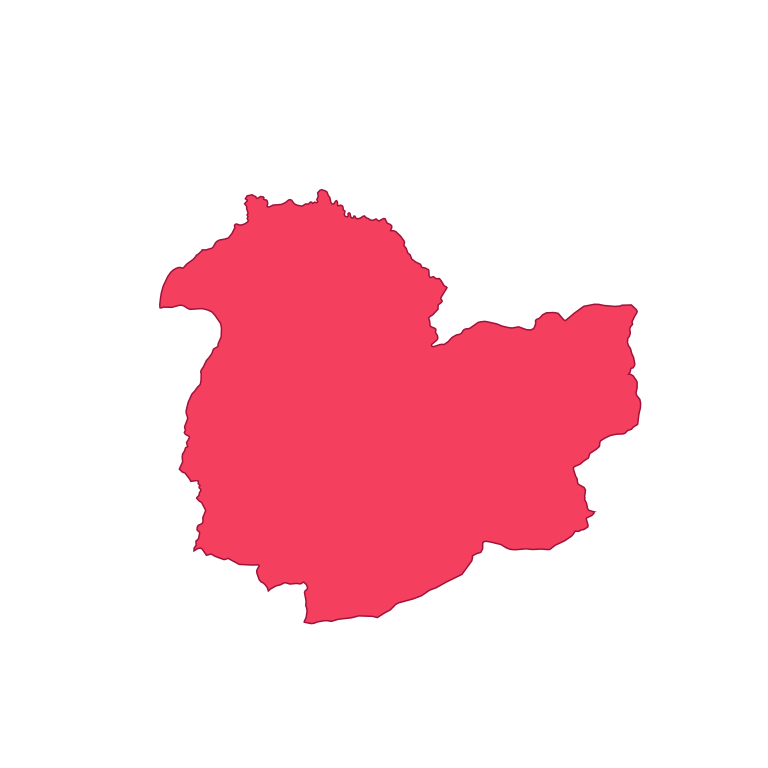 the district of Nocaima, Cundinamarca, Colombia, rotated 236°
{"feature_id": "7082276B65094191435566", "entity_name": "Nocaima", "entity_type": "district", "adm_level": 2, "iso_a3": "COL", "parent_name": "Colombia", "parent_adm1": "Cundinamarca", "projection": "robinson", "projection_center": [-74.369, 5.063], "detail": "fine", "context": "isolated", "style": "filled", "palette": "rose", "viewbox_px": 768, "rotation_deg": 236, "n_neighbors": 0, "source": "geoboundaries", "source_scale": "gbopen_adm2", "svg_char_len": 6171}
<svg xmlns="http://www.w3.org/2000/svg" viewBox="0 0 768 768"><g transform="rotate(236 384 384)"><path d="M579.9,441.1L580.4,439.2L579.6,435.9L576.4,434.5L574.4,431.4L572.3,431.1L571.9,430.2L572.0,429.5L573.5,428.3L573.6,425.8L575.3,425.6L575.9,424.9L575.9,423.6L575.3,422.1L577.1,419.7L577.3,415.4L580.9,411.9L582.6,410.8L584.5,410.3L588.1,410.2L589.4,409.2L589.9,407.7L589.5,403.7L590.3,399.2L594.4,392.0L594.9,388.2L595.8,386.7L596.7,386.3L598.6,388.5L601.3,389.6L602.0,389.5L604.4,387.5L605.0,387.8L605.7,388.7L606.6,388.5L608.5,386.5L608.6,383.4L609.0,382.4L609.6,382.1L611.1,382.5L612.4,381.5L614.6,380.5L616.5,375.8L615.1,372.6L613.0,373.5L612.4,373.3L611.4,369.2L608.2,369.5L606.0,368.1L602.1,367.0L601.3,366.4L600.8,365.0L599.0,365.0L597.7,363.1L595.2,362.8L594.6,361.5L594.6,358.3L595.4,355.0L596.7,353.0L599.1,351.3L599.5,349.9L599.1,348.7L597.0,347.8L593.8,342.1L592.1,336.7L593.0,333.4L595.3,328.3L595.7,325.8L595.3,323.3L593.0,318.8L592.8,317.4L594.8,311.2L596.9,308.3L596.3,307.4L595.5,302.3L595.7,300.2L595.0,299.4L594.0,295.3L593.7,287.3L592.5,282.8L593.0,281.4L594.4,280.5L595.5,278.7L596.2,275.8L596.3,272.5L595.8,269.4L594.0,264.8L588.7,255.8L583.9,250.2L580.0,246.6L575.2,242.5L572.5,240.9L571.7,241.7L571.0,244.3L566.1,251.1L563.9,257.8L562.7,260.0L560.4,261.9L556.7,263.4L554.4,264.9L548.9,274.3L546.9,276.7L543.7,279.4L539.8,281.7L535.0,282.3L525.5,282.4L521.2,280.5L514.2,275.4L510.1,269.0L508.4,267.7L508.0,266.4L508.3,262.1L505.6,258.5L503.8,253.9L502.8,249.9L499.3,244.0L497.7,240.2L496.6,238.9L494.5,238.0L489.0,234.1L486.4,231.4L485.6,227.4L484.0,223.2L483.1,219.2L478.4,211.5L472.5,205.0L470.4,203.7L466.8,202.7L465.1,201.9L460.3,195.1L459.1,194.2L456.9,193.7L455.4,191.3L453.3,191.2L449.9,193.0L448.4,192.8L445.8,187.5L441.9,186.2L442.1,183.8L439.9,181.0L438.6,177.9L436.2,175.8L432.0,173.5L427.9,166.7L423.9,167.5L421.5,169.2L414.3,169.7L411.3,169.4L408.8,174.5L407.3,175.8L405.2,174.2L402.8,174.8L402.3,173.4L401.4,172.7L399.5,173.1L398.1,172.6L397.0,170.1L395.1,168.3L394.5,165.3L394.0,164.8L390.5,165.3L387.8,166.5L378.9,165.5L374.6,159.1L371.4,157.2L370.4,156.1L370.1,154.6L370.7,150.9L369.9,149.3L367.8,147.5L366.7,147.4L364.5,148.2L363.0,147.4L359.4,143.5L358.9,140.2L355.4,138.1L354.1,134.7L351.9,133.2L351.7,137.6L350.5,140.2L348.4,141.0L341.3,141.0L339.7,145.6L335.6,147.6L328.1,153.0L327.3,154.3L326.7,157.2L315.4,163.1L307.9,173.1L304.3,178.7L303.6,179.0L302.8,178.4L301.1,175.0L299.9,173.7L298.0,172.8L293.6,171.6L291.4,171.1L288.8,171.4L286.4,172.7L283.6,173.3L280.6,173.4L277.1,172.4L277.5,175.3L277.0,181.6L275.4,186.0L275.0,189.9L274.3,191.2L270.7,194.2L267.7,199.8L265.0,202.9L264.7,206.6L261.2,207.5L257.6,206.6L256.9,205.4L256.6,202.9L255.6,201.5L247.6,198.0L243.8,195.1L241.6,194.7L238.6,193.1L233.9,188.8L231.9,185.3L231.1,184.7L226.1,189.6L224.8,192.1L224.0,195.7L221.2,202.0L219.7,204.4L216.7,207.6L214.4,214.8L208.3,226.4L205.9,233.4L197.6,244.8L194.1,247.8L193.9,256.1L193.2,263.0L194.7,270.2L194.5,273.4L189.5,288.2L187.5,296.8L187.6,306.4L185.9,313.6L185.0,324.6L182.6,342.2L188.3,357.9L190.8,360.5L192.1,361.2L191.6,365.8L190.3,370.1L192.2,373.6L197.0,377.0L197.5,378.5L196.6,380.6L193.1,384.3L185.5,391.2L179.7,393.8L176.4,396.1L173.2,400.1L167.9,409.6L163.8,414.5L159.4,421.8L154.9,427.5L154.1,429.1L154.6,435.8L153.0,446.0L153.0,454.2L153.7,457.0L155.1,460.1L153.5,462.2L152.7,464.0L152.8,466.1L151.8,467.7L151.5,469.8L151.6,473.3L153.3,474.4L159.2,476.3L159.6,477.5L158.8,482.6L159.3,485.5L160.0,486.3L160.9,486.0L160.7,486.6L163.9,483.8L164.9,483.2L166.8,483.1L171.9,485.2L176.2,485.8L177.2,486.9L178.7,487.5L183.3,491.7L186.3,492.0L192.3,489.0L194.1,489.4L197.5,491.1L200.8,491.4L207.3,493.4L208.7,494.2L209.0,495.6L207.9,502.1L208.4,505.6L208.4,512.2L211.3,515.7L211.2,523.8L211.6,526.8L212.0,527.9L215.1,530.5L215.8,531.9L215.6,537.1L214.7,543.0L212.3,548.9L209.1,554.0L208.4,556.2L209.2,559.9L208.1,563.9L208.9,566.4L208.7,571.7L216.7,578.7L220.9,583.3L224.7,586.1L228.3,587.5L232.7,587.1L235.4,587.7L239.4,591.8L243.9,594.8L245.4,595.2L251.5,595.1L254.8,593.5L255.4,592.3L256.3,594.7L258.7,597.3L258.8,598.0L258.1,599.4L259.1,601.8L260.3,603.1L266.3,605.7L271.0,606.5L275.4,608.1L279.5,608.2L282.7,609.2L284.2,610.7L285.2,611.1L286.3,614.0L287.9,616.1L289.7,617.4L291.6,618.1L292.7,619.1L293.7,620.7L294.5,623.5L296.9,624.4L300.5,630.6L301.3,632.8L302.6,634.5L304.5,634.8L311.2,633.3L316.2,625.4L316.9,622.7L319.5,618.4L326.1,610.3L330.0,606.5L332.5,602.9L336.7,593.0L336.3,581.5L335.1,569.9L336.6,568.9L345.2,567.9L348.2,564.9L352.2,558.5L352.7,554.3L351.6,549.7L352.2,546.7L352.0,545.2L349.6,543.8L347.5,541.3L346.3,539.1L346.7,536.0L349.2,532.6L356.1,527.6L358.8,521.5L361.2,518.7L365.7,514.5L371.0,510.9L377.6,504.6L379.5,502.7L381.6,498.7L382.4,496.4L382.2,486.0L384.1,482.2L384.3,480.1L382.7,476.4L382.9,474.5L384.2,471.4L384.5,467.3L384.3,465.2L383.2,460.9L383.1,455.8L384.0,455.0L385.4,452.5L387.2,446.1L388.1,445.0L389.3,444.8L390.2,445.8L390.8,452.2L391.5,453.8L392.8,454.8L394.7,455.4L398.0,455.5L399.8,457.3L400.6,457.6L401.9,457.2L405.2,455.0L406.5,454.8L410.8,457.1L413.6,457.8L414.2,459.2L414.1,463.1L415.8,470.6L419.3,473.1L419.5,476.9L420.0,478.4L420.7,478.8L422.9,478.7L424.1,480.1L428.6,490.1L429.9,489.9L431.7,488.8L437.6,489.1L440.4,488.9L442.2,486.0L445.4,485.0L446.1,482.4L446.8,481.7L448.7,482.0L452.9,484.6L453.9,484.8L456.9,483.2L459.6,480.6L462.8,481.2L467.4,478.5L472.1,476.9L476.4,477.9L479.6,477.0L484.0,478.3L487.3,477.9L488.3,478.4L489.9,480.2L491.4,480.6L497.3,480.4L503.7,479.0L505.2,478.1L507.5,475.2L509.5,478.1L510.9,478.8L512.5,478.5L515.7,476.6L520.5,477.3L521.5,476.0L522.0,470.8L525.3,469.7L525.8,466.6L527.5,464.4L529.5,463.8L531.6,462.3L534.3,461.8L534.8,460.1L534.8,457.0L535.8,454.5L536.9,453.4L539.4,453.7L540.0,453.2L539.0,451.0L539.4,450.3L541.1,449.9L544.4,451.2L545.5,450.7L545.3,449.4L543.3,448.3L542.9,447.5L544.2,445.9L545.5,445.5L546.7,445.9L549.2,448.3L551.1,447.6L553.6,448.9L554.9,449.1L556.5,448.1L557.3,445.9L557.9,445.3L560.0,446.7L561.7,447.3L562.6,447.1L562.7,446.2L561.4,443.0L561.8,442.2L562.8,441.5L564.5,441.6L568.9,443.4L571.3,443.2L575.0,444.1L576.7,443.5L579.9,441.1Z" fill="#f43f5e" stroke="#9f1239" stroke-width="1.5"/></g></svg>